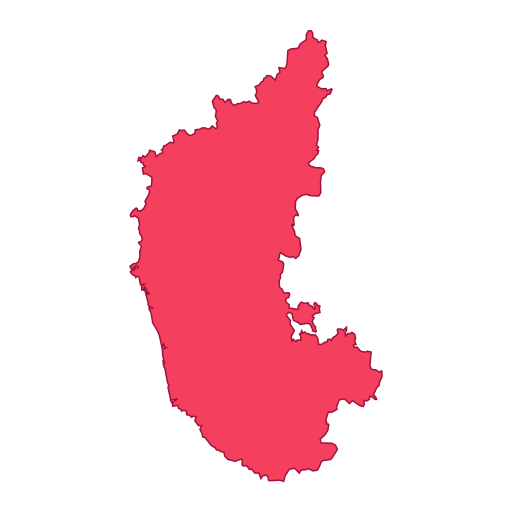 an SVG outline of Karnataka
{"feature_id": "IND-2446", "entity_name": "Karnataka", "entity_type": "State", "adm_level": 1, "iso_a3": "IND", "parent_name": "India", "parent_adm1": "", "projection": "natural_earth1", "projection_center": [76.378, 15.043], "detail": "fine", "context": "isolated", "style": "filled", "palette": "rose", "viewbox_px": 512, "rotation_deg": 0, "n_neighbors": 0, "source": "natural_earth", "source_scale": "10m", "svg_char_len": 6071}
<svg xmlns="http://www.w3.org/2000/svg" viewBox="0 0 512 512"><path d="M172.7,406.2L172.6,404.1L171.1,401.4L173.0,402.3L177.6,398.7L172.5,400.1L170.7,399.8L168.0,387.3L168.8,385.1L167.6,382.9L165.0,368.9L163.5,365.6L163.0,359.8L163.8,363.3L164.6,363.5L162.8,356.0L162.3,349.0L162.8,349.2L163.1,348.1L164.7,348.5L166.1,347.6L164.9,347.5L163.5,345.5L164.2,344.9L163.5,343.8L161.9,347.2L159.4,335.6L157.6,331.1L152.7,322.8L151.1,312.8L149.0,308.9L149.2,307.4L153.5,308.3L148.9,306.1L148.2,304.9L148.0,302.1L144.7,289.8L146.7,294.3L147.8,294.3L147.4,293.2L148.9,293.4L145.8,289.8L146.2,288.9L145.0,288.9L145.0,287.1L144.2,287.6L143.9,290.2L141.8,290.0L141.5,286.1L143.9,284.4L140.4,284.6L139.1,277.4L137.3,276.1L135.8,277.6L134.7,275.3L133.5,275.3L131.2,273.3L130.0,271.3L131.0,271.9L132.2,269.6L133.9,270.3L135.6,267.9L138.0,267.8L138.1,267.0L136.6,265.4L132.8,268.6L131.2,269.0L130.0,266.3L133.6,263.6L136.0,263.5L138.5,261.7L139.9,256.7L139.7,251.4L141.4,246.4L138.5,242.5L141.3,241.3L142.1,239.8L141.8,236.6L139.6,233.4L139.5,230.6L138.5,228.9L139.5,224.6L138.4,218.2L134.7,215.7L133.0,216.8L130.7,216.6L130.3,214.7L132.8,210.7L136.0,208.1L137.1,208.4L137.6,210.9L140.9,210.7L143.7,208.6L146.1,203.7L144.9,201.6L148.8,194.4L149.5,191.6L149.2,189.9L146.7,188.3L148.0,186.7L151.2,186.2L151.7,184.4L151.9,178.5L151.4,176.9L145.8,173.5L143.4,174.2L142.4,168.0L145.3,166.4L143.3,164.8L142.9,162.8L140.9,162.4L140.2,160.1L137.9,160.8L138.9,157.3L141.7,158.0L142.9,155.6L145.1,157.0L148.3,153.8L149.7,150.2L154.7,151.7L156.2,156.5L160.1,153.6L162.6,152.9L163.0,151.6L161.4,149.8L163.0,148.5L163.9,145.8L165.7,145.4L170.0,142.3L173.4,142.9L173.9,141.6L172.8,136.0L177.1,134.2L179.4,129.9L181.4,130.5L184.2,130.0L188.0,134.6L190.7,135.6L195.0,133.3L195.0,130.3L195.8,129.6L199.7,129.3L202.2,127.9L205.3,127.9L207.9,129.3L210.5,128.1L212.2,125.9L215.2,128.3L216.6,128.4L217.4,126.2L216.3,123.3L217.7,120.8L215.4,116.4L216.3,110.9L215.7,109.1L214.1,107.7L212.4,101.2L216.3,95.4L218.4,96.0L219.5,98.8L223.0,99.4L224.6,102.0L225.4,102.1L228.1,99.3L228.9,100.3L230.2,99.4L231.8,103.6L234.0,105.4L238.1,103.5L239.8,103.8L243.8,101.7L246.3,102.4L249.3,101.2L252.4,103.3L257.3,103.3L258.8,101.9L255.3,95.6L256.6,92.8L256.4,89.4L255.1,86.6L259.4,84.8L261.2,82.1L263.4,80.8L263.8,78.5L265.4,77.7L266.8,75.6L270.7,76.0L275.4,80.2L277.1,74.6L279.9,72.4L279.0,67.6L284.5,68.5L285.9,67.2L287.0,63.8L287.9,50.5L290.7,49.0L298.0,48.2L300.1,44.1L306.2,39.6L306.3,34.5L308.3,30.9L311.0,30.7L312.6,32.7L312.9,37.6L317.4,40.0L318.0,42.2L319.3,42.2L322.0,40.1L326.2,41.6L325.3,45.4L327.1,53.3L324.7,55.2L327.3,58.6L328.6,63.7L328.2,65.8L322.4,71.0L321.7,72.6L323.3,75.5L323.3,77.1L319.5,79.8L316.6,85.2L317.3,86.4L321.2,88.7L326.2,88.7L327.1,90.8L331.3,88.8L332.0,89.4L330.2,93.9L327.1,94.7L325.5,97.5L323.0,98.5L321.4,102.1L314.6,112.2L314.3,115.7L317.4,117.5L319.8,125.2L318.0,129.8L318.0,139.2L316.6,144.2L316.7,145.3L318.6,147.3L316.7,150.1L318.7,150.6L317.6,154.2L315.5,155.5L314.4,158.3L308.1,163.2L310.1,166.0L315.7,167.7L321.3,167.9L323.6,169.0L324.6,171.9L321.2,175.6L320.5,182.0L320.8,192.7L318.7,196.0L310.8,195.7L306.4,194.4L302.8,195.0L297.8,198.1L295.6,201.2L295.2,208.6L298.4,214.8L298.0,215.7L295.8,215.1L294.3,216.3L293.6,218.4L294.1,225.1L293.7,225.6L292.1,224.4L291.8,225.5L294.5,231.3L295.1,235.7L299.6,238.5L301.0,249.5L298.6,255.8L295.6,258.5L293.3,256.6L290.8,257.4L286.0,256.1L280.4,252.6L279.4,254.6L279.3,257.6L277.9,259.8L283.0,262.2L283.7,264.1L282.4,272.4L280.3,274.4L280.5,277.4L279.3,280.7L279.1,284.4L280.0,287.9L282.0,289.1L283.9,293.1L288.7,292.7L289.8,294.0L288.5,297.7L286.6,298.0L285.7,299.6L286.3,302.5L289.3,304.7L288.6,307.8L297.8,309.5L298.4,305.7L301.2,302.1L304.2,303.3L308.2,302.8L308.8,304.9L312.2,306.3L314.4,309.1L315.6,308.1L313.9,304.1L314.8,302.7L316.3,303.2L317.2,305.0L319.9,306.0L319.3,309.0L320.0,312.5L314.9,313.7L312.2,316.7L314.1,317.8L312.2,321.3L313.8,325.2L315.5,326.8L315.5,329.2L316.3,331.2L315.5,332.0L312.5,330.8L312.4,328.8L310.0,324.1L307.5,323.3L300.1,324.5L298.4,322.6L293.5,320.4L291.9,313.5L289.0,312.4L286.7,314.1L286.6,315.7L290.4,320.4L290.1,324.1L294.3,330.5L291.2,336.6L292.0,341.0L292.6,341.1L293.4,339.3L296.1,341.7L297.3,340.0L301.0,340.1L300.8,335.9L299.4,334.1L300.7,333.3L301.8,330.7L302.5,333.1L304.8,331.9L306.2,333.5L308.3,333.6L310.2,334.8L315.4,334.9L317.7,338.1L318.7,344.4L321.6,344.4L324.8,342.1L327.1,342.0L327.8,339.5L329.8,339.2L331.5,340.5L332.8,337.5L335.2,336.4L338.2,333.3L337.2,330.2L337.8,329.0L341.3,329.1L343.3,330.3L346.5,327.2L346.7,330.3L345.0,332.7L345.6,336.0L347.9,333.4L350.2,333.5L351.9,332.4L354.6,334.2L355.2,336.0L355.6,338.2L354.7,341.0L356.0,344.5L353.6,344.7L353.9,347.3L357.3,347.3L360.5,351.1L363.2,351.8L365.5,352.1L367.3,351.2L371.1,352.1L369.9,365.9L371.6,369.4L376.0,369.9L379.3,372.3L381.4,370.8L381.9,371.4L382.0,376.7L379.7,381.6L379.0,385.6L376.8,387.5L373.4,394.9L375.5,396.6L376.6,399.4L375.0,399.4L371.5,396.6L369.7,396.4L369.3,399.3L368.6,399.9L366.3,401.0L364.0,400.4L364.2,404.4L363.2,406.5L359.5,405.5L352.5,400.6L349.5,403.6L344.8,399.2L341.5,399.2L339.0,400.2L336.5,407.0L337.0,409.2L332.7,411.9L328.2,412.3L325.9,419.7L326.6,421.9L326.4,424.0L328.2,424.0L328.8,424.9L327.9,429.9L325.5,434.2L320.1,439.4L321.1,442.9L331.5,443.2L335.4,445.1L337.2,448.7L337.1,450.0L331.7,458.5L330.1,459.6L323.1,460.5L321.5,461.5L318.3,469.0L316.9,470.3L313.0,470.9L308.5,468.7L306.3,469.6L301.2,470.0L299.3,473.1L294.6,468.3L289.2,469.3L285.0,476.1L283.7,481.3L279.8,480.2L269.4,480.7L268.4,480.0L268.1,476.6L265.8,475.1L262.8,475.9L260.9,478.6L258.9,473.1L254.8,473.1L252.0,469.4L249.3,469.3L246.8,465.7L243.4,466.0L242.2,465.1L242.1,459.9L241.4,459.0L235.1,461.3L227.8,459.4L224.7,456.0L223.9,452.1L220.5,451.5L218.3,449.9L216.4,449.9L215.1,447.7L211.2,445.5L205.0,437.4L202.9,437.2L201.7,432.8L200.1,429.9L200.2,428.4L201.7,425.6L198.4,425.6L195.1,421.2L194.9,420.3L196.2,417.0L193.7,416.2L191.3,417.3L189.4,414.9L187.2,415.1L186.4,413.5L186.6,411.7L184.4,410.3L181.4,411.1L181.1,409.4L178.6,408.4L177.6,405.5L172.7,406.2Z" fill="#f43f5e" stroke="#9f1239" stroke-width="1.5"/></svg>